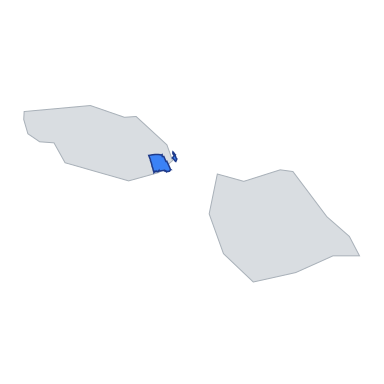 Aana Alofi III, Aiga-i-le-Tai, Samoa (highlighted), rotated 175°
{"feature_id": "51752279B31519013517302", "entity_name": "Aana Alofi III", "entity_type": "district", "adm_level": 2, "iso_a3": "WSM", "parent_name": "Samoa", "parent_adm1": "Aiga-i-le-Tai", "projection": "equal_earth", "projection_center": [-172.012, -13.853], "detail": "fine", "context": "in_parent", "style": "filled", "palette": "blue", "viewbox_px": 384, "rotation_deg": 175, "n_neighbors": 0, "source": "geoboundaries", "source_scale": "gbopen_adm2", "svg_char_len": 3335}
<svg xmlns="http://www.w3.org/2000/svg" viewBox="0 0 384 384"><g transform="rotate(175 192 192)"><path d="M138.8,97.0L166.0,127.8L176.8,168.7L165.2,207.7L139.5,198.1L102.2,206.4L89.7,203.6L59.8,155.6L39.1,134.0L30.7,113.8L57.2,116.1L95.7,102.7L138.8,97.0ZM352.2,286.8L285.7,287.0L252.8,272.3L241.1,272.1L212.9,241.2L208.6,225.0L223.4,214.3L254.2,208.6L315.9,232.2L325.2,253.0L339.4,255.3L350.4,264.3L353.3,278.9L352.2,286.8Z" fill="#d9dde1" stroke="#a8b0b8" stroke-width="1"/><path d="M228.2,214.7L228.1,214.8L227.9,215.0L227.7,215.1L227.4,215.3L227.0,215.4L226.9,215.4L226.8,215.6L226.8,215.8L226.7,215.9L226.4,215.6L226.2,215.4L225.8,215.5L225.7,215.5L225.5,215.4L225.4,215.4L225.2,215.5L225.1,215.4L224.9,215.4L224.9,215.5L224.8,215.4L224.7,215.6L224.1,215.4L223.8,215.5L223.7,215.4L223.5,215.5L223.4,215.6L223.2,215.7L223.1,215.8L223.2,216.2L223.1,216.3L223.1,216.2L223.1,215.9L223.0,215.7L222.8,215.7L222.7,215.7L222.5,215.8L222.3,215.8L222.2,215.8L221.9,215.8L221.7,215.8L221.6,215.7L221.4,215.7L221.4,215.8L221.2,215.8L220.6,215.8L220.1,215.9L219.6,215.9L219.4,215.9L219.2,215.9L218.8,215.9L218.5,215.9L218.3,215.9L218.0,215.9L217.9,215.8L217.6,215.9L217.4,215.9L217.2,215.8L216.9,215.7L217.1,215.5L217.2,215.4L217.3,215.5L217.3,215.3L217.2,215.2L217.1,215.4L216.9,215.6L216.7,215.4L216.5,215.2L216.3,215.3L216.2,215.2L216.0,214.9L215.9,215.0L215.7,214.9L215.7,214.7L215.6,214.4L215.4,214.6L215.1,214.4L215.1,214.0L215.1,213.9L214.9,214.4L214.8,214.5L214.7,214.6L214.4,214.7L214.2,214.7L213.9,214.6L213.6,214.5L213.4,214.6L213.2,214.7L212.8,214.7L212.7,214.7L212.7,214.8L212.6,215.0L212.4,215.1L212.2,215.2L212.1,215.3L212.0,215.6L211.9,215.7L211.6,215.8L211.5,216.0L211.3,216.2L211.2,216.2L211.3,216.3L211.6,216.5L211.8,217.5L212.1,218.3L212.2,218.7L212.4,219.2L212.7,220.1L213.0,220.8L213.0,221.0L213.1,221.3L213.5,222.3L213.6,222.5L213.7,222.8L213.8,223.2L214.0,223.6L214.2,224.2L214.4,224.6L214.4,224.8L214.7,224.8L215.1,224.7L215.3,224.7L217.0,229.9L218.5,229.9L218.6,230.9L218.5,231.4L218.5,231.6L218.5,231.9L218.8,231.8L219.3,231.6L219.5,231.6L219.8,231.6L220.0,231.7L220.2,231.8L220.3,231.9L220.6,232.0L221.0,232.0L221.6,232.2L221.9,232.2L222.1,232.3L223.2,232.4L223.5,232.4L224.2,232.5L225.6,232.6L228.6,232.5L230.3,232.3L231.6,232.2L231.9,232.2L231.4,230.4L231.3,230.1L231.1,229.4L230.9,228.8L230.7,228.2L230.6,227.6L230.7,227.1L230.5,226.4L230.3,225.5L230.0,224.6L229.7,222.9L229.6,222.1L229.6,221.3L229.5,220.8L229.2,219.9L228.9,218.9L228.9,218.3L228.8,217.7L228.7,217.0L228.5,216.1L228.3,215.4L228.2,215.5L228.2,215.4L228.2,215.0L228.2,214.7ZM207.5,233.6L207.6,233.3L207.6,232.5L207.7,231.7L207.4,231.3L207.0,230.7L206.8,230.4L206.7,230.2L206.5,229.9L206.4,229.9L206.8,229.5L207.0,229.3L207.2,229.1L207.4,228.9L207.5,228.7L207.8,228.4L208.0,228.2L208.4,227.9L208.6,227.6L208.3,227.3L208.1,227.1L207.7,226.7L207.5,226.4L207.2,226.0L207.1,225.8L206.7,225.2L206.3,224.7L206.2,224.5L206.1,224.4L205.8,224.0L205.5,223.8L205.3,224.2L205.1,224.5L204.8,224.9L204.8,225.0L204.8,225.3L204.8,225.5L204.6,225.6L204.5,225.8L204.3,226.1L204.2,226.2L204.4,226.4L204.5,226.5L204.8,227.1L205.0,227.6L205.2,228.5L205.3,228.7L205.4,229.2L205.6,229.8L205.6,230.3L205.4,230.5L205.7,230.7L206.0,231.4L206.3,231.9L206.6,232.4L206.8,232.6L206.9,232.8L207.0,233.0L207.5,233.6Z" fill="#3b82f6" stroke="#1e3a8a" stroke-width="1.5"/></g></svg>